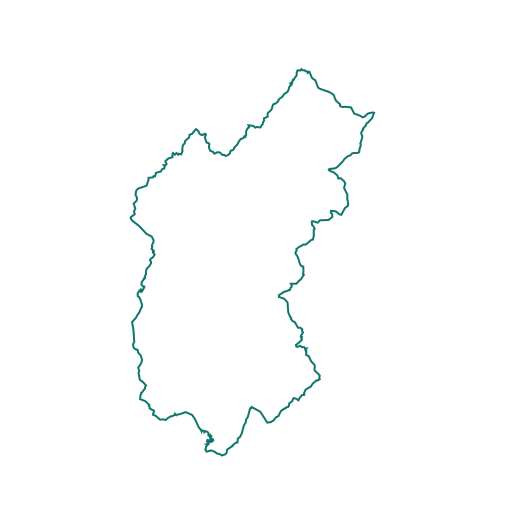 outline of Balsa, Hunedoara, Romania, rotated 46°
{"feature_id": "2599482B86876194197645", "entity_name": "Balsa", "entity_type": "district", "adm_level": 2, "iso_a3": "ROU", "parent_name": "Romania", "parent_adm1": "Hunedoara", "projection": "mercator", "projection_center": [23.071, 46.051], "detail": "fine", "context": "isolated", "style": "outline", "palette": "teal", "viewbox_px": 512, "rotation_deg": 46, "n_neighbors": 0, "source": "geoboundaries", "source_scale": "gbopen_adm2", "svg_char_len": 6121}
<svg xmlns="http://www.w3.org/2000/svg" viewBox="0 0 512 512"><g transform="rotate(46 256 256)"><path d="M275.9,435.9L278.5,438.8L283.3,436.5L289.0,436.2L289.4,437.2L291.2,437.6L291.9,438.4L296.4,436.9L297.4,438.0L298.0,439.7L298.9,440.4L301.2,439.2L307.1,438.7L308.9,436.3L311.3,434.9L311.2,432.8L312.1,428.7L313.3,427.0L313.3,425.9L314.0,424.7L313.8,424.5L314.5,424.2L314.1,423.9L314.7,423.9L316.7,421.0L319.5,415.0L325.8,412.4L330.6,413.1L338.3,415.8L340.8,416.5L342.0,416.2L344.3,417.0L343.7,416.1L345.9,414.9L346.9,415.6L347.0,414.7L346.6,414.3L348.7,413.1L350.5,413.3L352.1,414.9L353.0,414.5L352.9,413.8L351.9,413.1L354.6,413.4L354.4,414.2L355.5,414.7L354.5,415.0L356.3,415.8L356.9,416.7L357.7,415.9L357.6,414.5L358.1,414.4L358.9,414.8L359.1,416.1L358.4,417.7L357.3,417.9L357.4,418.9L356.8,419.3L356.0,417.6L355.6,418.4L354.6,418.7L355.2,419.9L356.2,419.5L356.4,420.0L356.9,419.8L357.1,420.8L358.0,420.7L357.6,421.5L357.9,421.7L357.4,422.3L358.2,422.1L358.4,424.3L359.5,425.6L359.9,426.8L362.4,427.5L364.7,423.3L368.1,421.7L370.9,421.3L373.3,419.7L375.9,419.0L377.3,415.9L377.3,414.2L375.2,411.1L376.4,405.1L376.0,405.0L376.1,401.8L376.4,400.0L377.3,398.9L374.7,395.9L375.0,393.0L373.6,389.2L369.7,382.9L368.4,378.7L366.8,376.8L366.1,373.7L362.3,367.4L361.7,366.2L362.1,365.3L361.5,364.8L361.6,364.0L371.0,361.1L383.7,363.6L385.7,360.9L386.5,357.6L385.9,353.9L386.7,351.0L384.8,345.8L385.5,341.5L386.0,341.0L385.8,339.5L386.9,337.8L386.4,336.0L385.1,334.6L385.6,330.7L384.3,328.0L384.5,327.4L386.9,326.2L389.3,325.7L388.4,323.1L388.0,319.6L389.4,317.7L388.0,316.7L386.6,313.1L388.0,307.1L387.2,304.0L387.5,298.7L388.3,298.3L388.9,295.8L388.2,295.7L386.1,293.1L378.9,293.3L375.4,289.6L370.1,289.5L364.6,287.6L362.1,288.7L359.0,285.6L358.6,286.1L357.7,285.6L357.5,284.3L357.0,285.2L355.8,284.6L354.8,284.8L353.4,286.3L351.2,286.6L350.2,289.3L349.3,289.9L347.8,289.1L348.3,281.9L347.5,280.5L346.7,280.6L346.2,279.2L345.0,279.7L344.4,278.6L343.7,275.3L342.1,275.1L340.9,273.6L338.3,274.0L336.8,275.6L330.3,274.0L328.4,274.9L325.8,274.7L325.0,273.7L323.5,273.7L319.0,272.0L311.2,265.5L306.1,265.5L301.4,268.0L300.3,267.0L300.1,266.6L301.2,261.6L301.0,261.1L303.1,257.4L303.1,256.4L304.0,255.4L302.9,253.3L303.0,252.2L302.4,250.9L300.2,250.2L304.0,246.2L303.7,242.2L303.9,239.5L302.7,234.6L301.7,234.9L300.5,233.0L296.4,229.3L294.9,230.4L292.2,229.9L285.7,226.6L281.6,225.8L280.7,224.8L280.3,223.0L279.1,222.3L279.4,218.8L280.2,216.3L280.5,214.1L282.4,212.1L282.8,205.2L283.7,203.7L281.2,199.7L280.4,199.4L277.2,196.1L277.2,194.9L274.1,194.0L272.7,194.2L269.9,191.9L270.7,190.7L274.8,188.6L274.8,185.1L280.5,178.8L280.9,174.0L278.9,172.2L276.6,171.9L275.6,170.7L279.3,167.6L284.0,167.0L285.6,166.1L283.3,158.7L283.8,155.1L282.1,153.1L278.0,150.4L275.4,147.7L268.2,145.4L265.9,141.5L263.5,140.7L258.7,141.1L257.5,142.9L254.5,141.5L249.9,142.0L245.5,143.9L244.3,143.6L244.5,142.6L247.6,138.6L248.2,137.0L248.5,134.8L248.2,127.3L247.6,124.9L248.0,120.9L249.1,118.3L249.0,115.7L249.5,114.6L252.8,110.8L252.9,109.4L251.4,107.9L249.0,103.5L247.6,102.9L244.8,97.6L243.7,96.4L240.8,95.2L239.7,92.9L239.6,91.1L238.6,90.4L238.5,86.9L237.4,84.2L237.8,82.8L237.5,76.8L235.0,71.6L233.6,72.6L231.3,76.4L231.1,79.1L231.4,80.2L230.4,82.9L227.4,83.7L221.7,86.4L215.1,84.4L210.2,88.6L209.0,90.3L206.9,91.3L206.2,91.2L205.3,90.1L200.1,90.6L196.5,89.4L195.2,88.5L193.2,88.3L189.2,89.3L180.3,93.8L178.1,94.4L170.9,91.3L167.0,92.1L160.8,89.7L160.2,91.6L159.4,90.9L159.7,90.1L157.5,92.1L156.3,91.9L154.6,93.6L153.2,93.5L153.3,95.4L151.3,97.1L152.0,98.9L154.3,101.3L155.1,105.9L154.9,106.8L155.5,106.9L155.7,109.8L156.6,109.7L157.0,110.2L157.0,111.2L156.3,111.6L157.6,112.0L157.3,113.6L158.0,115.7L159.0,116.8L159.8,119.3L159.1,123.4L159.8,126.7L159.2,129.7L159.4,131.3L160.1,132.4L160.0,135.6L159.0,137.9L159.1,138.9L161.5,143.3L161.4,148.0L162.1,149.3L163.9,150.8L162.5,154.7L164.3,156.2L164.6,158.0L166.0,159.9L165.9,161.3L166.6,163.5L163.7,165.9L163.0,167.5L160.7,167.5L156.7,170.6L158.5,171.4L158.6,172.2L158.3,173.2L159.0,175.5L160.2,177.4L162.2,179.0L162.4,180.3L162.9,180.8L161.8,181.2L162.4,183.4L161.2,185.7L161.6,188.2L162.9,192.5L162.9,196.5L163.7,197.9L163.6,199.4L162.8,200.7L163.1,202.2L163.9,203.1L164.0,205.9L163.7,207.0L162.6,208.5L161.1,208.7L160.1,209.9L156.6,210.1L155.1,211.0L154.4,212.0L153.7,214.6L152.6,215.0L151.6,214.5L148.3,215.8L145.1,214.4L143.0,211.7L141.3,211.8L140.3,212.8L135.2,210.5L133.8,207.6L132.8,207.6L132.6,208.1L132.8,208.4L131.8,209.7L131.9,210.4L130.2,211.5L128.9,211.7L126.1,210.7L123.0,211.0L123.7,217.2L122.6,219.7L123.3,220.2L124.4,222.6L124.1,223.8L124.1,227.4L125.6,229.1L125.4,230.4L125.7,231.9L127.6,234.5L129.5,236.0L130.9,239.2L129.0,240.3L129.1,241.6L126.7,241.7L126.8,243.9L124.3,244.1L124.6,245.2L126.9,247.4L124.9,251.6L124.8,255.2L125.7,256.0L127.5,256.2L127.9,257.1L127.7,258.4L126.7,259.2L128.1,259.5L129.4,261.3L128.5,262.6L128.4,263.6L129.1,265.7L126.7,270.2L128.6,273.3L127.5,274.0L127.4,274.5L127.9,275.5L125.1,279.0L126.7,280.6L129.4,286.0L125.7,293.7L125.6,296.0L126.1,297.3L128.3,300.2L131.4,301.1L132.5,302.2L133.3,303.7L133.3,307.6L138.2,310.0L139.0,312.6L141.7,314.2L141.1,318.9L141.7,319.9L144.1,320.5L153.4,319.2L163.9,319.4L169.7,317.5L173.6,318.8L175.2,320.8L175.5,322.3L176.4,323.9L177.1,324.0L177.9,325.1L178.3,326.2L181.2,325.9L181.6,326.2L181.0,326.9L182.0,327.8L183.6,327.6L184.7,328.2L185.3,331.1L184.8,333.9L185.5,335.2L187.3,335.6L188.4,336.7L189.2,340.1L189.2,343.5L190.8,346.1L192.8,347.9L192.9,348.9L194.2,350.9L194.2,351.5L194.9,351.5L194.7,353.1L195.5,356.6L197.1,358.3L199.4,358.4L200.5,357.6L201.5,359.7L201.5,361.3L202.1,361.6L202.2,363.6L201.3,363.7L200.0,362.5L200.0,364.2L200.7,367.1L202.8,369.0L204.3,368.6L206.9,369.4L212.1,372.0L213.4,373.4L213.4,374.3L215.5,379.0L216.0,382.1L217.1,385.5L217.4,391.0L224.4,395.8L233.2,403.2L234.1,405.9L236.8,407.6L238.9,407.7L241.3,406.3L243.6,407.9L247.5,408.0L251.6,410.1L253.4,413.2L254.5,418.3L257.6,419.9L258.7,421.9L260.8,423.0L262.9,424.8L264.8,425.5L268.2,424.9L272.7,425.0L272.9,426.2L274.2,428.0L274.9,432.6L274.7,433.5L275.6,434.7L275.9,435.9Z" fill="none" stroke="#0f766e" stroke-width="2"/></g></svg>